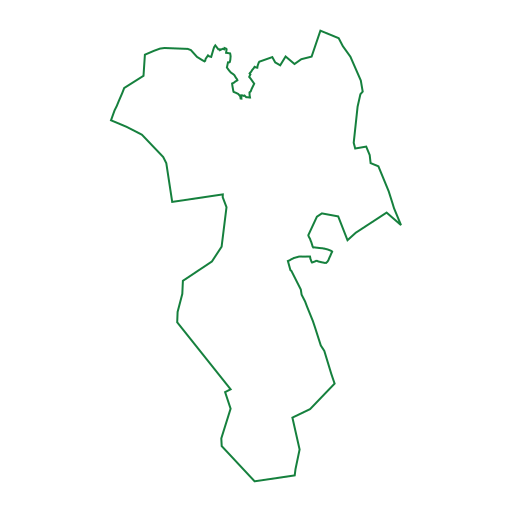 Ife East, Osun, Nigeria
{"feature_id": "59680162B92942987363648", "entity_name": "Ife East", "entity_type": "district", "adm_level": 2, "iso_a3": "NGA", "parent_name": "Nigeria", "parent_adm1": "Osun", "projection": "equal_earth", "projection_center": [4.586, 7.388], "detail": "fine", "context": "isolated", "style": "outline", "palette": "green", "viewbox_px": 512, "rotation_deg": 0, "n_neighbors": 0, "source": "geoboundaries", "source_scale": "gbopen_adm2", "svg_char_len": 3640}
<svg xmlns="http://www.w3.org/2000/svg" viewBox="0 0 512 512"><path d="M177.2,322.3L230.6,389.3L225.1,392.1L230.6,408.7L221.3,438.4L221.7,446.1L254.6,481.3L294.7,475.4L295.5,469.1L299.6,449.5L292.4,417.6L310.1,409.1L334.6,383.6L331.3,373.9L324.3,350.9L320.8,345.5L315.1,327.7L312.9,321.1L306.9,306.3L305.1,301.5L301.6,294.7L300.8,289.5L291.4,270.9L290.4,270.1L287.9,261.0L289.4,260.4L290.2,260.0L291.2,259.3L292.1,258.9L293.0,258.5L293.8,258.0L294.4,257.9L295.0,257.7L295.8,257.5L296.3,257.3L296.8,257.2L297.4,257.1L297.9,256.9L298.4,256.7L299.2,256.6L299.9,256.5L300.5,256.5L301.0,256.5L301.5,256.5L302.1,256.6L302.8,256.6L303.5,256.6L304.2,256.6L305.0,256.6L305.6,256.6L306.2,256.6L306.7,256.5L307.6,256.5L308.1,256.5L308.5,256.5L309.1,256.5L309.5,256.5L310.0,256.5L310.1,257.2L310.2,257.4L310.3,258.1L310.3,258.4L310.5,259.1L310.8,259.7L311.1,260.6L311.3,261.2L311.6,261.9L312.0,262.5L312.5,262.4L312.8,262.3L313.1,262.1L313.4,262.0L313.7,261.9L314.1,261.8L314.5,261.6L315.0,261.4L315.4,261.3L315.7,261.1L316.0,260.9L316.3,260.9L316.7,260.9L317.1,260.9L317.4,261.1L317.8,261.2L318.1,261.4L318.6,261.5L319.0,261.7L319.3,261.7L319.7,261.8L320.1,261.9L320.3,261.9L320.7,262.1L321.1,262.1L321.6,262.2L322.0,262.4L322.5,262.4L322.9,262.5L323.2,262.5L323.5,262.6L324.1,262.8L324.5,262.9L325.0,262.9L325.6,262.9L326.2,262.9L326.5,262.5L326.9,262.2L327.1,262.0L327.5,261.6L327.7,261.3L328.0,260.8L328.3,260.4L328.5,259.9L328.7,259.5L328.9,258.9L329.2,258.2L329.4,257.7L329.7,257.1L329.9,256.6L330.3,255.9L330.5,255.3L330.8,254.6L331.1,253.9L331.3,253.4L331.5,253.0L331.8,252.4L332.1,251.9L332.2,251.7L331.9,251.3L331.4,251.0L330.6,250.6L329.6,250.2L328.8,249.9L327.8,249.5L327.1,249.3L326.2,249.1L325.7,248.9L324.8,248.8L324.1,248.5L323.7,248.6L323.1,248.4L322.6,248.3L321.9,248.2L321.3,248.2L320.3,248.1L319.5,248.0L319.0,248.0L318.7,247.9L318.3,247.9L317.7,247.8L317.1,247.7L316.7,247.7L315.9,247.6L314.8,247.4L314.2,247.4L313.7,247.4L313.3,247.5L312.6,246.5L312.4,245.7L311.9,244.1L311.3,242.2L310.5,240.3L310.1,239.0L308.8,236.7L308.3,235.2L316.9,216.7L321.9,213.4L338.2,216.4L347.5,240.2L355.8,232.7L386.6,212.6L401.0,225.1L394.0,208.2L393.5,206.6L392.7,203.9L388.7,191.3L378.4,166.3L370.6,163.1L370.1,158.7L369.7,155.1L366.2,146.6L355.2,148.5L353.7,142.8L357.6,106.6L360.4,94.2L362.7,91.6L360.8,80.5L350.4,56.7L342.8,46.1L338.7,38.2L320.4,30.7L311.6,56.6L301.3,59.2L294.5,64.0L285.6,56.5L280.2,65.3L275.2,62.4L272.3,57.1L259.3,61.7L258.7,62.7L257.6,65.8L257.3,67.7L256.1,67.5L254.6,66.8L253.5,68.5L252.3,69.8L251.1,71.8L250.0,72.9L249.6,73.5L250.4,74.4L249.2,76.9L250.6,78.6L254.2,83.7L251.6,89.0L250.7,91.4L250.2,91.8L249.5,92.4L249.6,95.3L250.0,97.5L249.1,97.5L248.3,97.3L246.2,97.2L244.5,95.5L243.8,95.9L242.5,95.4L241.3,95.3L241.4,98.6L240.6,98.5L240.3,96.4L238.3,94.0L235.9,92.8L233.6,91.9L233.3,91.0L232.4,85.9L232.1,83.5L233.9,82.7L235.2,81.6L237.4,80.3L237.1,79.4L235.8,77.6L234.4,75.2L233.4,74.3L230.8,72.5L229.0,70.4L226.9,67.5L228.0,62.3L229.5,62.3L229.8,62.0L230.3,59.8L230.6,56.2L230.3,54.2L230.1,53.4L226.1,52.8L226.6,49.2L226.2,48.7L224.5,48.0L224.2,49.3L222.7,48.8L220.0,50.1L219.8,49.3L218.4,49.4L215.3,45.4L214.1,47.2L213.4,49.3L212.8,51.4L211.2,56.9L208.8,56.2L208.0,55.4L205.6,58.9L205.2,60.8L204.5,61.4L202.2,60.1L197.0,56.9L190.9,50.1L187.7,48.9L164.5,48.0L160.0,48.6L154.0,50.8L144.9,54.7L143.5,75.8L124.2,88.0L122.3,92.9L120.8,96.4L118.8,101.0L116.8,105.9L114.6,110.3L112.9,115.0L111.0,120.3L126.5,126.8L141.9,134.7L163.2,157.0L166.3,163.2L172.2,201.9L222.8,194.4L222.7,197.2L226.5,207.2L221.6,246.7L211.9,261.5L182.9,280.8L182.3,293.9L177.6,311.9L177.2,322.3Z" fill="none" stroke="#15803d" stroke-width="2"/></svg>